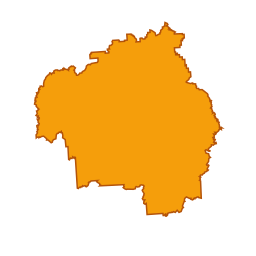 Walcha, New South Wales, Australia, rotated 77°
{"feature_id": "25037944B3824833794033", "entity_name": "Walcha", "entity_type": "district", "adm_level": 2, "iso_a3": "AUS", "parent_name": "Australia", "parent_adm1": "New South Wales", "projection": "mercator", "projection_center": [151.721, -31.198], "detail": "fine", "context": "isolated", "style": "filled", "palette": "amber", "viewbox_px": 256, "rotation_deg": 77, "n_neighbors": 0, "source": "geoboundaries", "source_scale": "gbopen_adm2", "svg_char_len": 5711}
<svg xmlns="http://www.w3.org/2000/svg" viewBox="0 0 256 256"><g transform="rotate(77 128 128)"><path d="M112.5,42.9L107.3,47.1L106.7,50.0L105.4,50.3L104.9,52.1L103.8,52.4L102.7,51.8L102.0,52.4L100.2,52.2L99.5,54.9L98.8,54.8L98.6,55.3L98.8,57.1L96.6,60.9L95.8,60.7L94.5,57.9L92.9,56.9L92.2,55.2L87.4,54.5L87.1,56.4L83.3,55.8L83.0,57.6L79.7,57.0L80.1,58.3L73.9,57.3L73.6,59.6L70.9,59.2L70.5,61.8L68.1,61.4L67.8,63.3L66.3,63.1L66.2,64.1L67.6,64.3L67.4,65.1L64.6,64.6L64.4,65.4L60.3,64.7L61.2,59.3L59.0,58.9L59.2,57.4L54.6,56.6L55.1,55.3L53.3,55.1L53.5,54.1L52.8,54.0L52.9,52.9L49.4,52.3L49.2,53.9L48.3,53.8L46.8,61.7L45.7,61.5L45.1,60.3L43.7,61.8L43.8,62.3L42.2,63.5L42.6,64.0L42.0,64.3L41.7,65.5L41.2,65.0L40.9,65.6L40.7,64.7L40.1,64.9L40.0,65.6L39.7,65.3L37.6,66.8L37.2,67.7L36.3,65.9L35.0,66.2L33.5,68.2L36.1,69.1L37.3,70.2L37.4,71.8L38.9,71.8L40.2,74.2L42.0,74.7L42.4,75.5L43.4,75.6L43.7,77.7L44.3,78.9L44.2,80.1L41.2,80.2L38.2,83.1L37.4,84.6L39.8,85.0L39.4,87.3L40.8,87.6L41.4,88.8L43.5,89.1L44.0,90.2L43.3,90.7L45.0,91.5L44.7,93.3L43.5,94.1L43.3,95.6L43.7,95.7L43.6,96.2L46.6,96.7L45.9,100.8L44.3,99.9L43.1,100.0L41.5,101.2L40.1,101.2L40.0,101.9L39.0,102.1L39.1,102.7L37.8,103.2L37.9,103.7L36.8,103.5L37.2,103.8L36.4,108.1L42.2,109.0L41.7,112.3L42.3,111.5L42.8,111.8L41.9,117.2L40.8,116.9L40.2,117.2L39.2,123.2L40.4,124.2L41.3,123.8L42.8,124.4L43.7,126.1L43.4,126.9L43.7,127.6L45.8,128.4L46.8,128.2L46.5,130.4L47.6,130.6L49.4,129.4L50.5,129.8L50.0,133.3L48.3,133.0L46.1,146.7L47.2,147.8L47.5,147.4L48.0,148.7L51.9,149.3L53.1,141.6L56.2,142.1L57.2,143.1L56.9,149.3L57.9,150.5L57.2,151.6L57.3,152.8L58.3,154.6L60.2,155.4L62.1,157.2L62.8,159.8L64.0,160.7L63.7,162.7L64.4,163.2L65.3,165.2L65.0,166.3L63.3,166.3L62.0,167.5L59.9,167.2L59.5,167.7L57.6,165.7L55.3,167.5L55.5,168.9L54.9,169.3L56.1,172.1L57.3,172.2L57.2,173.0L58.3,173.1L57.6,173.7L56.7,175.7L55.4,176.8L56.0,176.9L55.8,177.4L56.2,177.4L55.7,178.2L57.0,178.4L56.3,180.1L56.9,181.6L56.3,182.4L56.3,183.4L55.5,183.8L55.2,185.8L55.9,187.6L57.8,187.6L57.3,189.3L58.5,190.5L57.0,191.2L56.7,191.8L58.3,193.1L58.6,194.4L60.3,196.7L61.9,197.6L62.8,198.8L65.6,200.2L68.4,200.8L68.6,201.8L67.6,202.8L67.9,203.6L67.5,204.1L68.9,204.8L69.4,206.0L70.2,206.2L70.7,205.6L71.0,206.5L71.9,206.5L72.6,207.4L73.3,207.1L73.7,207.6L73.3,208.6L73.8,208.6L73.5,209.1L75.1,208.9L75.1,209.4L75.8,210.1L77.0,209.9L76.6,210.4L77.9,210.9L77.8,211.5L80.4,212.5L80.4,211.7L81.6,211.8L82.2,213.0L83.7,213.7L85.0,212.1L86.3,212.6L89.4,210.7L89.4,211.4L90.1,211.4L90.8,212.2L90.9,213.3L93.5,213.1L95.1,214.8L95.8,213.7L97.2,213.9L96.5,212.8L97.5,213.1L98.0,212.2L98.5,212.2L99.1,212.6L99.1,213.3L99.6,213.3L99.3,214.4L101.1,214.0L102.4,214.3L103.7,213.5L105.5,214.7L104.8,215.5L105.3,216.4L106.9,216.4L107.1,215.8L108.8,216.6L109.2,215.9L111.2,217.7L111.7,217.2L112.8,217.6L114.0,219.1L117.0,219.6L116.5,218.7L116.8,216.9L117.4,216.9L116.9,216.1L117.3,215.6L116.8,214.0L117.0,212.0L120.3,209.6L121.4,210.1L121.7,208.6L125.1,206.2L124.8,204.9L123.4,204.3L122.6,203.1L122.3,200.7L118.3,199.3L117.3,198.1L117.5,197.2L116.5,195.9L117.0,195.0L116.4,193.8L117.7,194.0L117.9,193.1L120.7,193.2L122.8,193.9L125.1,191.8L132.3,192.7L132.6,190.7L145.3,192.9L145.9,192.2L144.4,190.9L145.1,189.5L144.6,189.0L144.7,188.2L144.1,188.2L145.2,187.4L144.3,187.0L144.8,185.9L175.2,190.9L175.8,190.0L174.9,188.8L174.8,187.7L175.3,187.4L174.6,186.6L174.9,185.6L174.2,185.2L174.6,184.9L174.5,182.9L175.1,182.2L175.5,182.4L175.9,181.6L175.0,179.9L172.8,178.5L172.4,178.8L171.8,178.0L172.0,176.9L171.3,176.0L172.3,169.6L172.8,170.7L173.6,170.0L173.9,170.2L175.8,168.2L176.7,168.3L177.5,167.5L178.0,168.5L182.3,144.7L183.4,145.2L184.3,144.9L185.0,146.1L186.5,144.9L187.5,143.5L187.4,142.6L188.9,136.7L188.8,134.5L187.4,134.0L186.9,133.2L187.6,132.2L187.7,130.2L187.4,129.5L186.6,129.3L186.4,127.9L187.3,125.8L188.2,125.4L189.6,126.4L190.6,126.4L191.5,127.9L192.1,128.2L195.8,127.0L196.8,127.8L197.5,127.8L198.1,128.7L198.9,128.8L200.0,129.9L201.5,129.4L201.9,127.8L203.4,129.2L205.0,129.6L206.1,128.5L205.6,127.2L216.6,128.9L219.1,113.2L221.2,113.4L221.4,112.6L220.2,110.8L220.5,110.4L222.3,111.1L222.5,110.3L221.5,108.9L220.1,108.6L219.8,106.1L220.2,105.2L219.8,104.3L220.3,103.4L219.7,102.5L220.9,100.9L219.2,98.6L221.7,97.3L221.3,95.0L218.3,93.0L218.0,91.9L216.3,92.5L212.3,89.9L212.3,89.1L211.5,89.4L209.5,88.7L208.3,86.6L210.5,83.8L210.7,82.5L211.6,82.8L212.6,81.2L212.1,80.1L211.5,79.9L212.0,78.7L211.1,78.4L211.4,77.3L210.8,76.2L211.0,75.1L211.6,75.0L212.9,72.4L195.9,69.2L195.0,70.1L194.3,69.1L193.1,69.2L192.7,68.6L191.8,69.1L192.1,68.3L190.5,68.4L190.1,67.9L190.5,66.3L189.6,65.3L189.2,63.7L188.3,63.3L188.0,61.0L187.1,60.3L187.4,59.7L187.0,59.2L186.2,60.1L185.5,60.0L182.7,57.6L182.1,57.9L182.0,59.5L181.2,59.7L178.7,57.0L175.8,56.1L175.2,54.3L174.0,55.2L171.2,55.3L170.1,57.6L167.2,57.9L166.7,56.8L168.7,54.6L169.0,53.5L168.5,53.3L167.9,54.8L166.2,54.3L164.5,50.9L163.1,50.5L163.9,48.7L163.1,47.5L163.1,45.5L161.8,45.5L161.7,47.0L161.1,47.8L159.0,45.6L158.4,46.0L158.9,47.0L158.3,47.3L157.7,47.0L156.4,47.4L156.6,46.1L155.6,46.1L155.0,45.5L153.1,46.0L153.8,44.0L153.3,43.5L151.8,44.2L152.3,42.7L151.1,40.3L150.2,39.9L150.2,39.4L149.4,38.7L150.5,37.4L148.7,37.3L149.0,36.4L148.1,37.2L148.1,38.8L145.7,38.3L144.1,38.6L143.0,37.9L142.6,38.8L140.6,38.6L140.9,39.3L140.1,38.9L140.1,39.7L138.9,39.3L138.4,40.0L138.4,40.7L137.6,40.4L136.7,41.2L136.2,40.4L135.0,41.2L134.4,40.0L133.3,40.1L132.2,40.9L132.5,41.8L131.9,41.3L131.1,42.4L130.0,41.8L127.4,42.6L127.1,43.1L126.7,42.7L127.1,42.1L126.4,42.1L126.0,41.4L125.3,41.7L124.3,41.2L123.2,41.7L122.0,41.1L121.2,41.6L120.3,40.5L119.6,41.1L120.1,42.1L117.5,41.9L114.8,43.2L113.9,42.6L112.5,42.9Z" fill="#f59e0b" stroke="#b45309" stroke-width="1.5"/></g></svg>